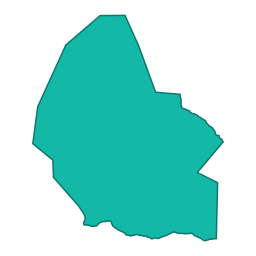 the district of Cabana, Copán, Honduras
{"feature_id": "27666195B19494062054761", "entity_name": "Cabana", "entity_type": "district", "adm_level": 2, "iso_a3": "HND", "parent_name": "Honduras", "parent_adm1": "Copán", "projection": "albers", "projection_center": [-89.051, 14.783], "detail": "fine", "context": "isolated", "style": "filled", "palette": "teal", "viewbox_px": 256, "rotation_deg": 0, "n_neighbors": 0, "source": "geoboundaries", "source_scale": "gbopen_adm2", "svg_char_len": 5603}
<svg xmlns="http://www.w3.org/2000/svg" viewBox="0 0 256 256"><path d="M110.5,221.0L110.9,221.4L111.1,221.6L111.3,221.9L111.4,222.3L111.6,222.6L111.6,223.0L111.7,223.4L111.8,223.8L111.9,224.1L112.0,224.4L112.5,225.2L112.7,225.6L113.1,226.2L113.3,226.5L113.6,226.7L114.1,227.1L116.0,228.3L118.6,230.0L119.1,230.4L119.6,230.6L120.7,231.0L121.5,231.4L122.5,231.8L123.6,232.5L124.2,232.8L124.4,232.9L125.1,233.1L125.3,233.2L125.5,233.4L125.5,233.5L125.6,233.8L125.5,234.1L125.5,234.3L125.7,234.6L125.9,234.8L126.3,234.9L126.8,235.0L128.1,235.2L128.9,235.4L129.5,235.5L130.5,235.9L130.8,235.9L131.0,235.9L131.3,235.9L131.7,235.6L131.9,235.5L132.1,235.4L132.4,235.4L132.6,235.3L132.9,235.3L133.4,235.4L133.6,235.4L133.8,235.4L134.0,235.4L134.3,235.2L134.7,235.0L134.9,234.8L135.1,234.7L135.4,234.7L135.7,234.6L136.2,234.6L136.6,234.6L137.0,234.6L137.5,234.7L138.0,234.8L138.5,235.0L139.2,235.3L139.5,235.4L139.7,235.5L140.0,235.5L140.4,235.5L140.6,235.5L141.1,235.4L141.4,235.4L141.8,235.4L142.1,235.5L142.3,235.6L142.6,235.7L143.2,236.0L143.5,236.1L143.8,236.2L144.2,236.3L144.5,236.3L144.8,236.3L145.0,236.2L145.4,236.0L145.7,236.0L145.9,236.0L146.2,236.0L146.5,236.1L146.9,236.5L147.1,236.8L147.4,237.1L147.5,237.2L147.8,237.3L148.1,237.4L148.4,237.4L148.9,237.4L149.1,237.4L149.5,237.5L149.8,237.6L150.1,237.7L150.3,237.9L150.5,238.0L150.8,238.4L151.1,238.6L151.3,238.7L151.6,238.8L151.8,238.8L152.0,238.8L152.4,238.8L152.7,238.6L153.2,238.3L153.6,238.1L154.1,238.0L154.7,237.9L155.3,237.9L155.8,238.0L156.4,238.2L157.0,238.4L157.2,238.5L157.5,238.5L157.8,238.5L158.2,238.4L158.6,238.3L159.3,238.1L159.9,237.8L161.0,237.3L162.1,236.8L163.9,236.2L165.7,235.7L166.1,235.5L166.6,235.3L169.7,233.8L172.0,232.5L172.8,232.2L173.0,232.1L173.5,232.0L174.1,232.1L174.5,232.1L175.2,232.2L175.7,232.4L176.1,232.5L176.5,232.6L176.9,232.8L177.4,233.1L177.6,233.2L178.1,233.3L178.6,233.3L179.4,233.4L180.7,233.3L181.4,233.4L181.9,233.4L184.2,233.6L185.2,233.7L186.3,233.7L186.8,233.7L187.5,233.7L189.5,233.4L190.9,233.3L191.6,233.3L192.0,233.4L192.3,233.5L192.6,233.7L192.8,233.9L193.2,234.4L193.5,234.7L193.7,235.0L194.0,235.2L194.4,235.5L194.8,235.7L197.3,236.8L200.8,238.4L201.1,238.6L201.4,238.7L202.3,239.5L202.7,239.8L202.9,239.9L203.5,240.2L203.9,240.4L204.3,240.5L204.6,240.6L205.0,240.6L205.4,240.6L205.9,240.5L206.5,240.4L207.6,240.0L208.3,239.8L209.0,239.4L209.3,239.3L209.5,239.3L209.9,239.2L210.6,239.3L211.1,239.3L211.5,239.2L213.2,238.9L213.7,238.8L214.9,238.7L216.3,238.7L217.6,182.7L197.3,172.5L223.2,141.8L223.0,141.6L222.8,141.5L222.6,141.1L222.1,140.3L221.8,139.3L221.7,139.3L221.3,139.1L220.6,138.7L220.1,138.3L219.9,138.2L219.7,137.9L219.5,137.5L219.3,137.1L219.2,136.7L219.1,136.0L219.0,135.8L218.9,135.6L218.7,135.5L218.4,135.4L218.2,135.4L217.8,135.5L217.6,135.5L217.4,135.5L217.2,135.4L216.8,135.3L216.4,135.1L216.0,134.8L215.8,134.6L215.7,134.5L215.6,134.3L215.5,134.0L215.4,133.6L215.4,133.2L215.4,132.9L215.3,132.6L215.2,132.2L214.8,131.3L214.7,131.1L214.3,130.5L213.9,129.9L213.3,129.1L212.4,128.1L211.7,127.4L211.0,126.7L210.8,126.6L210.6,126.5L210.4,126.5L210.0,126.5L209.8,126.5L209.6,126.4L209.2,126.0L207.7,124.2L206.1,122.5L205.9,122.2L205.8,121.7L205.8,121.3L205.8,121.0L205.7,120.8L205.5,120.6L205.3,120.5L205.1,120.4L204.5,120.2L204.3,120.1L204.1,120.0L203.7,119.7L203.3,119.3L203.0,119.1L202.9,119.0L202.7,119.0L202.3,119.0L202.1,119.0L201.9,119.0L201.7,118.9L201.5,118.7L201.4,118.6L201.3,118.4L201.1,118.1L200.9,117.8L200.7,117.6L200.4,117.4L200.1,117.3L199.7,117.2L199.3,117.1L199.1,117.0L198.9,116.9L198.7,116.7L198.4,116.4L198.2,116.0L197.9,115.8L197.3,115.4L196.8,115.1L196.1,114.7L195.4,114.4L194.5,114.0L193.6,113.7L193.3,113.6L193.0,113.5L192.8,113.5L192.4,113.5L192.2,113.5L191.9,113.4L191.6,113.3L191.0,112.8L190.3,112.2L190.1,112.1L189.9,111.8L189.6,111.2L189.2,110.8L189.1,110.7L188.9,110.5L188.7,110.5L188.5,110.4L187.9,110.4L187.5,110.3L187.2,110.2L186.7,109.8L186.5,109.5L186.2,109.3L185.9,109.3L185.7,109.4L185.3,109.3L185.1,109.1L184.8,108.9L182.1,108.1L181.8,107.7L181.7,107.3L181.7,107.1L181.8,106.8L181.8,106.6L181.7,106.4L181.4,106.2L181.1,105.7L181.1,105.4L181.0,104.6L181.0,103.9L181.1,103.5L181.2,102.8L181.2,102.5L181.2,102.4L181.1,102.2L181.0,101.9L180.9,101.7L180.8,101.3L180.8,101.1L180.9,100.9L181.0,100.5L181.1,100.3L181.1,100.0L181.1,99.8L181.1,99.5L181.0,99.1L180.8,98.8L180.6,98.3L180.5,97.9L180.3,95.9L180.1,94.8L180.0,94.3L155.6,92.2L138.8,46.2L125.0,15.4L100.1,15.6L65.9,44.9L37.7,106.8L32.8,143.7L52.8,160.1L53.5,177.4L79.0,206.4L79.3,207.0L79.6,207.5L83.6,213.5L84.5,215.5L84.9,216.7L85.0,217.0L85.2,217.5L85.2,218.0L85.3,218.4L85.3,218.7L85.2,219.1L85.2,219.5L85.0,219.8L84.6,220.5L84.3,221.1L84.2,221.4L84.0,221.9L83.8,222.6L83.7,223.5L83.7,223.9L83.7,224.1L83.8,224.3L83.9,224.5L84.0,224.7L84.3,224.9L84.5,225.0L84.7,224.9L84.8,224.8L85.0,224.8L85.2,224.7L85.3,224.8L85.5,224.8L86.0,225.0L86.4,225.1L86.9,225.1L87.2,225.1L87.5,225.0L87.6,224.9L87.8,224.9L88.0,225.0L88.7,225.4L89.2,225.6L90.5,226.0L91.3,226.2L91.8,226.3L92.6,226.4L93.3,226.4L93.6,226.3L93.8,226.1L94.0,225.9L94.4,225.8L94.6,225.8L94.8,225.9L95.1,226.0L95.5,226.1L96.0,226.0L96.3,225.9L96.6,225.7L96.9,225.5L97.2,225.3L97.5,225.0L97.9,224.4L98.2,224.1L98.8,223.6L99.4,223.1L100.1,222.6L100.5,222.4L101.0,222.2L101.6,221.9L102.2,221.8L102.5,221.7L103.8,221.5L104.8,221.5L105.6,221.5L106.2,221.5L106.4,221.4L106.5,221.4L106.8,221.1L107.1,221.0L107.2,220.9L107.4,220.9L107.6,221.0L108.1,221.2L108.4,221.2L108.6,221.2L108.8,221.2L109.1,221.2L109.3,221.1L109.6,220.9L109.8,220.9L110.1,220.9L110.3,220.9L110.5,221.0Z" fill="#14b8a6" stroke="#0f766e" stroke-width="1.5"/></svg>